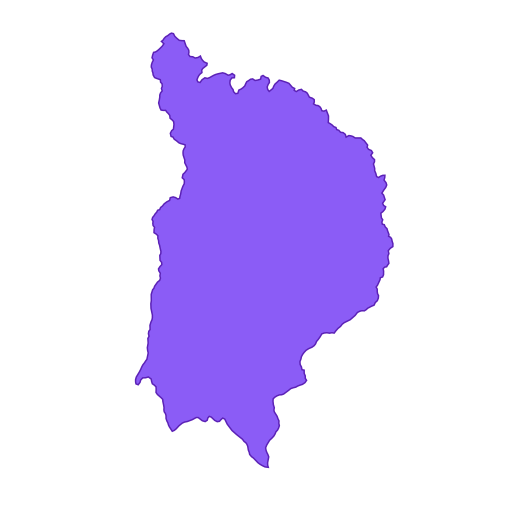 the district of São João da Ponte, Minas Gerais, Brazil, rotated 279°
{"feature_id": "56859067B41179975057544", "entity_name": "São João da Ponte", "entity_type": "district", "adm_level": 2, "iso_a3": "BRA", "parent_name": "Brazil", "parent_adm1": "Minas Gerais", "projection": "albers", "projection_center": [-43.884, -15.912], "detail": "fine", "context": "isolated", "style": "filled", "palette": "violet", "viewbox_px": 512, "rotation_deg": 279, "n_neighbors": 0, "source": "geoboundaries", "source_scale": "gbopen_adm2", "svg_char_len": 6099}
<svg xmlns="http://www.w3.org/2000/svg" viewBox="0 0 512 512"><g transform="rotate(279 256 256)"><path d="M440.9,172.6L442.5,171.1L444.8,169.8L443.0,167.7L442.0,164.9L442.9,162.4L442.7,159.6L444.5,157.8L446.6,157.9L448.7,157.4L450.4,156.1L452.1,154.2L457.4,151.4L457.1,149.1L457.0,146.5L458.6,143.8L460.3,141.4L462.7,139.7L462.9,137.6L461.8,136.1L459.9,134.4L458.5,132.6L456.7,131.3L454.5,130.3L453.2,129.0L451.2,131.8L448.6,130.6L445.2,128.1L443.2,126.4L441.8,124.8L441.1,123.0L438.3,122.5L435.5,122.3L433.6,124.0L431.0,123.2L428.3,122.8L426.2,123.0L424.4,124.2L422.4,124.6L420.8,125.5L418.7,126.1L416.4,127.9L415.9,129.8L415.2,133.9L412.7,134.6L411.5,136.2L409.0,136.9L406.7,136.4L404.4,137.5L402.1,136.2L399.9,135.8L397.9,136.1L394.9,136.1L391.9,135.9L387.3,138.0L385.3,139.4L385.3,141.6L385.7,144.0L384.3,145.3L383.0,147.1L381.4,148.8L378.6,149.6L377.4,151.7L375.9,153.6L373.1,154.4L368.3,154.6L366.6,153.1L363.8,152.2L360.8,153.4L360.5,155.4L358.6,156.9L357.4,159.4L355.7,162.2L355.2,164.3L355.0,166.7L354.7,168.6L352.6,169.0L350.6,168.1L348.4,167.6L346.4,167.8L344.3,168.3L339.6,170.7L337.0,171.0L332.9,173.9L331.0,174.6L327.2,172.6L325.3,171.1L321.7,170.9L320.2,173.1L318.3,173.6L316.1,173.8L313.5,172.9L308.6,171.9L305.6,171.9L302.9,171.6L301.0,171.6L300.0,169.9L301.1,167.5L301.4,164.9L300.2,162.2L297.4,162.0L295.6,159.5L293.1,157.1L290.7,155.8L289.0,154.2L286.7,153.6L285.8,151.7L283.8,151.1L281.8,149.8L279.8,149.0L278.0,147.9L275.8,147.6L274.1,148.9L272.0,149.0L270.0,149.6L268.5,151.3L266.3,151.2L263.1,151.6L262.0,154.1L260.7,155.9L258.1,156.3L255.9,157.4L253.7,157.9L251.5,159.1L248.5,160.2L245.6,161.4L243.4,161.6L241.6,160.9L236.7,161.9L234.9,163.8L232.7,164.3L230.5,162.8L228.0,161.7L226.2,162.3L224.0,164.2L221.3,164.2L219.2,165.1L216.9,164.7L214.8,162.8L210.3,160.6L208.1,160.2L206.5,159.2L201.7,158.5L195.4,159.6L192.5,159.6L187.8,160.5L181.5,162.9L178.9,163.3L177.0,163.3L174.4,162.6L171.0,162.1L166.8,162.9L164.9,161.9L162.4,161.9L160.0,162.9L157.7,162.1L153.1,163.1L148.4,163.0L145.6,163.8L143.4,164.7L136.9,164.4L134.8,163.3L133.1,162.6L130.8,161.3L128.5,160.5L126.1,159.9L123.1,158.9L117.7,156.7L115.0,156.4L112.7,156.8L110.9,157.5L110.4,159.8L113.0,161.2L115.5,161.5L117.9,163.2L118.5,166.1L119.7,168.6L118.1,171.7L115.6,172.6L113.6,173.6L112.7,175.5L111.2,177.7L109.0,178.2L105.6,178.6L103.8,180.3L101.3,184.3L99.8,186.3L97.7,186.8L93.7,188.3L91.8,188.9L89.7,189.1L87.8,189.7L86.2,191.2L84.3,192.1L81.4,192.6L79.1,193.8L77.5,195.0L75.4,196.0L73.8,197.1L69.8,200.7L71.0,202.6L72.8,204.2L76.3,206.5L79.4,209.3L80.8,211.4L81.8,214.1L84.4,218.7L87.1,222.2L87.4,224.2L84.9,228.7L84.5,231.7L86.1,233.5L88.6,233.8L90.3,234.9L89.9,237.0L87.2,240.9L86.3,243.6L87.0,245.8L88.8,246.9L90.7,248.5L90.0,250.7L85.4,253.9L79.9,259.6L76.7,264.6L72.9,271.3L71.0,273.2L70.0,275.1L68.7,276.4L66.8,277.6L63.1,278.8L61.1,280.0L59.0,280.8L57.1,283.0L56.1,285.0L52.1,290.3L50.9,292.6L49.9,295.2L49.1,297.9L49.2,301.2L51.1,300.3L53.6,299.8L59.6,300.0L61.6,298.9L63.7,297.4L65.7,296.3L68.1,295.5L71.1,296.2L76.2,298.3L78.3,300.0L80.8,301.7L83.0,302.6L85.5,303.2L87.4,304.5L89.5,305.2L92.1,305.6L94.4,304.7L96.7,304.5L98.6,303.2L101.0,301.9L104.9,298.5L106.6,297.8L109.0,297.8L111.9,296.4L115.2,295.5L117.6,295.3L119.3,296.5L121.1,298.5L122.5,300.9L123.0,303.1L124.0,304.9L128.5,309.3L130.5,311.1L131.7,313.4L132.7,315.8L134.0,317.4L135.3,319.6L136.5,322.0L138.6,324.2L141.1,325.4L142.9,323.8L145.3,323.4L147.5,322.0L150.8,321.4L150.9,319.2L153.6,318.2L155.7,316.6L158.5,315.9L161.3,316.5L163.6,316.6L166.0,317.4L168.3,318.6L170.7,320.2L172.8,322.6L174.7,325.6L176.6,327.5L178.6,328.6L181.0,329.1L183.3,330.5L186.1,331.9L189.4,333.2L190.6,335.4L191.3,338.0L191.3,340.7L192.1,343.0L192.1,345.3L194.6,346.6L197.3,348.3L199.7,350.5L202.1,351.8L204.0,353.6L207.8,359.0L212.8,363.2L216.1,365.0L217.7,367.2L218.5,369.1L218.8,371.6L220.3,373.3L221.9,374.5L224.5,378.0L225.9,380.3L228.7,381.1L230.8,382.8L233.5,383.4L236.1,383.2L237.7,382.0L239.8,381.3L242.3,380.9L244.1,379.5L246.2,380.6L252.0,382.2L254.0,382.2L255.1,384.3L257.4,384.9L261.0,384.4L263.4,383.6L265.1,384.8L265.8,386.7L267.6,387.4L269.5,388.4L271.8,387.7L274.6,386.6L277.0,386.3L279.1,386.9L281.9,385.8L284.6,387.4L286.7,389.7L289.6,389.3L292.0,388.1L294.1,387.3L295.5,386.0L296.2,383.9L298.0,384.0L301.7,381.9L303.5,381.1L304.9,379.1L307.0,377.8L307.2,375.8L309.2,375.0L311.6,375.5L313.3,373.9L317.8,372.6L319.7,374.4L322.4,376.0L324.9,376.4L325.9,374.1L327.9,372.8L331.8,374.7L336.1,372.5L337.8,370.5L341.1,371.9L344.0,373.4L346.6,374.0L348.7,373.0L351.0,370.6L353.7,370.9L355.9,370.7L355.5,368.6L354.3,366.5L352.7,364.8L353.3,362.7L356.4,361.4L358.7,359.9L361.1,359.5L365.3,357.6L367.6,358.3L369.7,358.0L371.5,355.4L373.5,353.7L376.2,355.1L378.2,353.5L379.0,350.4L380.8,348.7L383.0,348.9L386.8,344.9L387.8,342.9L389.0,341.1L388.1,335.5L389.2,333.0L389.5,331.0L389.5,328.9L387.5,326.4L390.1,325.2L391.5,322.7L391.4,320.2L393.1,318.1L393.5,315.9L395.4,314.9L395.9,312.6L397.3,310.7L398.2,308.8L399.1,306.5L402.4,306.2L405.7,305.7L411.1,302.6L409.7,300.5L409.8,298.3L412.0,297.1L413.5,295.6L414.3,293.7L414.2,291.6L415.3,289.0L417.2,289.5L419.6,289.0L420.7,286.8L421.2,283.9L424.9,281.1L425.9,279.3L426.3,276.7L427.7,274.8L426.6,272.2L424.7,270.0L425.6,267.8L427.5,268.0L428.3,265.5L431.7,261.5L432.3,258.9L433.1,253.9L433.3,251.4L431.0,249.7L428.8,247.9L426.6,247.0L424.1,246.4L420.6,243.3L422.3,241.5L424.7,240.6L427.5,241.2L429.4,242.1L431.8,241.6L433.7,240.1L434.0,237.5L435.4,234.7L434.2,233.0L431.4,232.9L430.0,230.1L429.2,227.6L430.4,225.0L429.7,222.9L428.3,221.5L426.7,219.6L424.6,218.9L422.2,218.3L420.1,216.7L418.6,215.2L417.2,213.1L413.8,212.6L413.1,210.3L414.8,208.1L416.8,207.3L418.5,205.5L420.9,203.8L422.8,203.1L425.6,203.0L428.1,204.3L428.7,206.8L431.2,206.6L432.5,203.9L430.9,202.0L430.2,200.2L431.4,197.1L431.7,194.4L430.1,190.2L429.0,187.8L427.8,185.9L424.9,182.2L423.8,180.3L424.0,177.6L421.6,175.1L418.6,173.6L418.9,171.3L420.7,170.1L423.2,170.6L425.3,171.3L427.1,172.4L428.7,173.9L431.2,173.3L432.9,174.1L436.7,177.6L438.7,177.6L439.5,174.5L440.9,172.6Z" fill="#8b5cf6" stroke="#5b21b6" stroke-width="1.5"/></g></svg>